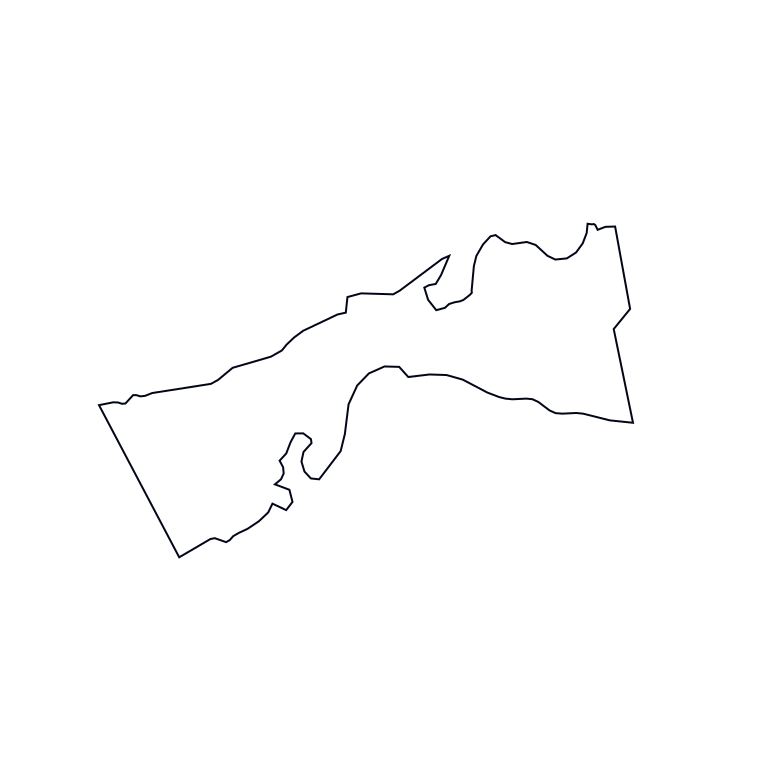 Puerto Princesa, Robinson projection, rotated 31°
{"feature_id": "PHL-5533", "entity_name": "Puerto Princesa", "entity_type": "Highly Urbanized City", "adm_level": 1, "iso_a3": "PHL", "parent_name": "Philippines", "parent_adm1": "", "projection": "robinson", "projection_center": [118.779, 9.911], "detail": "fine", "context": "isolated", "style": "outline", "palette": "ink", "viewbox_px": 768, "rotation_deg": 31, "n_neighbors": 0, "source": "natural_earth", "source_scale": "10m", "svg_char_len": 1605}
<svg xmlns="http://www.w3.org/2000/svg" viewBox="0 0 768 768"><g transform="rotate(31 384 384)"><path d="M150.6,548.9L161.4,539.1L165.6,536.8L169.6,535.9L172.4,533.9L174.7,522.7L177.7,521.0L181.5,520.1L185.2,517.3L190.0,511.1L235.6,473.0L239.7,465.9L245.9,448.1L273.0,418.8L279.2,407.8L280.2,400.5L283.0,390.4L287.3,380.0L308.3,348.4L314.5,342.5L307.9,328.3L317.7,318.1L345.7,302.4L349.4,295.9L369.3,247.0L373.9,240.5L376.8,261.2L376.8,271.6L371.7,276.1L368.9,280.6L378.4,289.1L390.8,293.8L397.0,287.3L398.6,281.9L402.4,277.6L406.4,274.1L408.7,271.2L411.7,263.4L412.3,260.6L411.0,258.8L400.3,236.6L397.2,226.6L397.0,213.4L399.2,202.6L402.9,198.9L414.8,200.0L421.8,198.0L433.3,188.7L442.4,186.7L458.1,189.9L466.7,189.1L476.0,182.2L480.9,172.4L481.9,161.1L480.0,150.3L476.0,141.8L479.9,140.1L481.6,138.8L483.4,139.0L487.7,141.8L492.9,135.2L501.0,130.0L556.3,192.9L552.6,218.6L617.4,289.0L596.2,298.9L569.9,306.9L563.6,309.9L552.1,317.6L546.1,320.6L539.5,321.4L525.5,319.9L519.0,320.6L513.4,323.3L501.9,331.0L495.6,334.0L489.3,335.9L477.0,338.1L449.2,339.7L433.0,344.1L418.1,352.4L401.2,365.5L388.2,361.5L375.4,368.7L365.6,382.7L361.8,399.1L364.1,419.7L376.2,447.0L381.4,463.8L377.5,499.1L370.0,502.6L360.9,500.0L353.2,493.0L350.0,483.7L352.3,472.0L349.8,468.9L340.2,467.9L333.4,472.1L333.9,482.1L336.0,493.9L334.0,503.5L340.4,507.3L344.1,512.4L344.8,518.7L342.2,526.2L357.4,523.4L366.3,532.2L365.1,542.5L350.0,544.0L350.9,553.7L347.4,566.2L341.7,578.3L336.2,586.5L333.1,592.1L332.2,597.2L330.1,600.9L318.4,603.3L315.1,606.2L297.7,638.0L150.6,548.9Z" fill="none" stroke="#020617" stroke-width="2"/></g></svg>